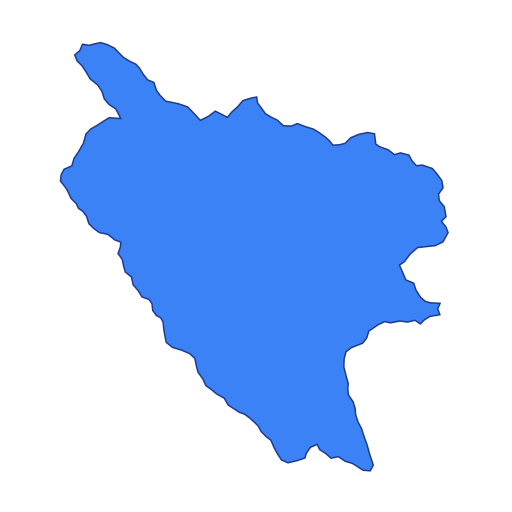 the district of Monteiro Lobato, São Paulo, Brazil, rotated 88°
{"feature_id": "56859067B72883060414156", "entity_name": "Monteiro Lobato", "entity_type": "district", "adm_level": 2, "iso_a3": "BRA", "parent_name": "Brazil", "parent_adm1": "São Paulo", "projection": "mercator", "projection_center": [-45.807, -22.938], "detail": "fine", "context": "isolated", "style": "filled", "palette": "blue", "viewbox_px": 512, "rotation_deg": 88, "n_neighbors": 0, "source": "geoboundaries", "source_scale": "gbopen_adm2", "svg_char_len": 2630}
<svg xmlns="http://www.w3.org/2000/svg" viewBox="0 0 512 512"><g transform="rotate(88 256 256)"><path d="M136.5,140.2L138.0,149.0L141.1,157.2L146.6,163.1L147.8,169.4L147.9,175.4L143.8,178.2L139.6,182.5L134.9,188.6L131.2,194.2L128.4,202.2L125.1,210.0L127.4,216.2L126.8,224.0L120.9,230.0L117.5,236.5L114.0,241.7L108.0,245.7L103.1,249.1L97.1,249.8L98.2,256.3L100.3,263.8L105.9,268.8L111.4,275.3L116.5,279.8L113.7,284.5L109.8,291.6L114.5,298.3L118.5,306.9L112.1,312.4L104.6,319.1L101.2,328.1L99.5,334.8L98.2,340.7L92.2,346.2L87.0,349.7L79.0,352.0L76.1,358.2L70.7,362.2L63.9,366.1L60.1,369.4L57.0,375.3L52.9,381.5L47.7,386.4L43.3,390.2L39.6,397.2L37.3,403.8L38.3,409.6L39.6,415.5L38.3,422.0L44.6,424.9L48.7,430.2L54.9,427.9L59.8,423.2L66.3,419.3L73.3,415.5L79.5,408.3L85.9,404.3L93.7,402.1L99.4,397.6L104.1,391.1L108.4,388.9L113.9,386.4L112.7,397.9L117.0,405.5L119.8,410.0L123.3,416.7L128.2,421.7L137.2,424.5L145.1,429.4L152.0,434.4L159.5,436.9L162.6,444.8L168.1,447.9L174.3,448.8L179.7,444.8L184.3,442.0L191.9,438.9L197.3,433.9L202.2,431.7L205.4,427.4L210.4,424.0L218.0,421.8L223.0,417.0L227.1,411.7L229.2,403.3L234.9,396.7L237.5,390.6L242.4,391.3L248.8,393.8L254.5,389.9L261.8,388.6L267.5,387.2L272.6,381.2L280.5,379.8L286.3,375.1L292.9,371.4L295.7,364.4L300.1,361.6L306.8,361.1L311.9,357.7L314.4,353.4L318.7,351.2L326.3,350.7L332.9,349.8L339.2,348.7L344.4,342.7L347.5,333.7L351.1,325.9L356.2,320.7L364.5,319.3L370.1,318.0L377.0,313.4L383.7,310.7L387.4,305.9L392.6,300.0L397.0,292.7L404.0,289.0L411.7,278.0L413.5,273.2L417.7,267.9L421.5,264.0L426.0,259.7L431.6,257.0L437.4,251.6L440.4,247.7L448.8,244.3L454.9,241.2L460.7,237.6L463.8,231.3L461.9,221.8L459.6,214.2L454.7,212.5L449.1,208.3L446.4,201.5L451.8,199.0L455.9,193.1L460.7,188.1L459.4,180.7L464.3,174.0L466.6,166.9L473.8,156.5L474.7,149.3L469.1,146.1L457.0,149.6L448.8,151.5L443.8,153.2L432.1,156.6L425.7,159.7L417.9,162.0L412.0,162.2L405.2,164.0L398.0,168.5L392.0,168.9L386.6,168.3L379.1,170.1L369.8,172.1L361.8,171.5L354.9,169.4L350.9,163.9L346.8,152.4L341.8,148.2L335.0,145.9L329.1,136.6L326.0,129.6L327.5,124.2L326.0,114.5L327.3,106.8L325.8,99.3L329.6,94.2L325.5,89.7L322.4,84.0L321.1,74.3L315.1,76.2L309.7,73.7L308.9,83.3L307.3,88.3L303.3,92.8L295.7,97.3L288.7,99.3L285.1,107.1L277.5,110.0L270.1,113.0L266.9,107.9L259.7,102.1L253.2,94.2L251.9,76.5L248.4,68.6L239.3,63.2L233.3,65.3L227.9,69.5L223.3,64.7L213.4,66.1L207.1,70.9L200.5,71.4L194.4,66.7L187.1,67.7L180.0,72.5L174.7,76.7L170.9,86.7L171.4,92.5L166.0,97.0L160.5,99.6L158.0,108.0L159.5,114.1L154.4,120.3L151.2,128.5L148.3,132.4L138.0,133.3L136.5,140.2Z" fill="#3b82f6" stroke="#1e3a8a" stroke-width="1.5"/></g></svg>